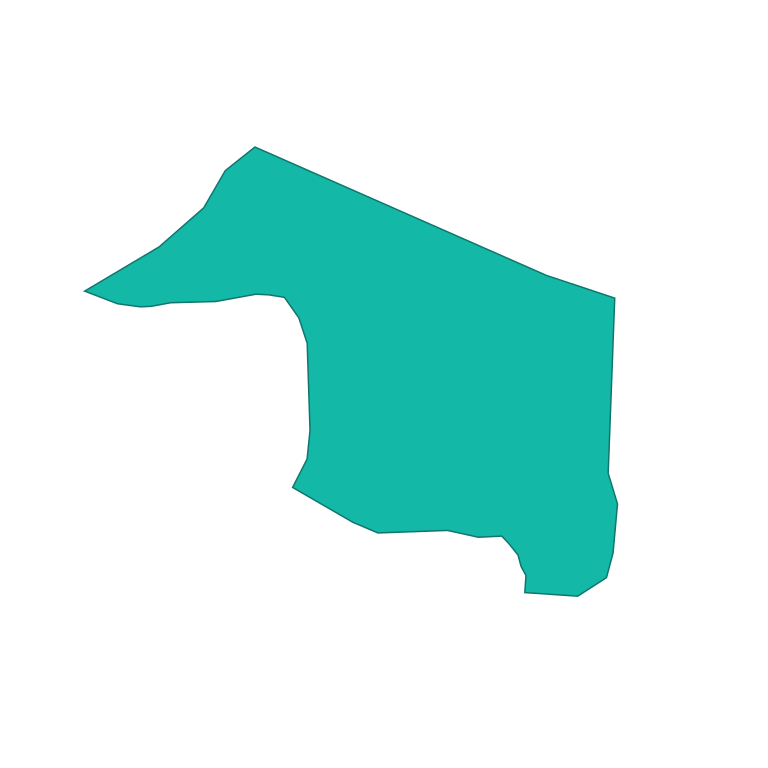 an SVG outline of Ribnica, rotated 339°
{"feature_id": "SVN-218", "entity_name": "Ribnica", "entity_type": "Municipality", "adm_level": 1, "iso_a3": "SVN", "parent_name": "Slovenia", "parent_adm1": "", "projection": "orthographic", "projection_center": [14.692, 45.729], "detail": "fine", "context": "isolated", "style": "filled", "palette": "teal", "viewbox_px": 768, "rotation_deg": 339, "n_neighbors": 0, "source": "natural_earth", "source_scale": "10m", "svg_char_len": 603}
<svg xmlns="http://www.w3.org/2000/svg" viewBox="0 0 768 768"><g transform="rotate(339 384 384)"><path d="M137.8,190.0L223.2,175.4L278.9,154.9L312.3,127.9L348.4,116.5L574.6,340.9L630.2,386.5L561.3,547.7L559.0,579.7L537.2,624.0L522.3,644.5L488.8,651.5L440.7,629.2L447.9,613.7L446.6,603.5L447.8,591.7L443.3,577.5L439.4,568.2L417.2,560.9L390.9,543.5L325.0,520.9L305.4,502.0L261.6,447.8L285.3,426.5L298.3,400.8L326.9,318.4L328.2,291.8L322.1,267.4L308.4,259.5L296.7,254.3L256.5,246.7L214.0,231.7L194.2,228.0L184.1,224.6L164.0,213.6L137.8,190.0Z" fill="#14b8a6" stroke="#0f766e" stroke-width="1.5"/></g></svg>